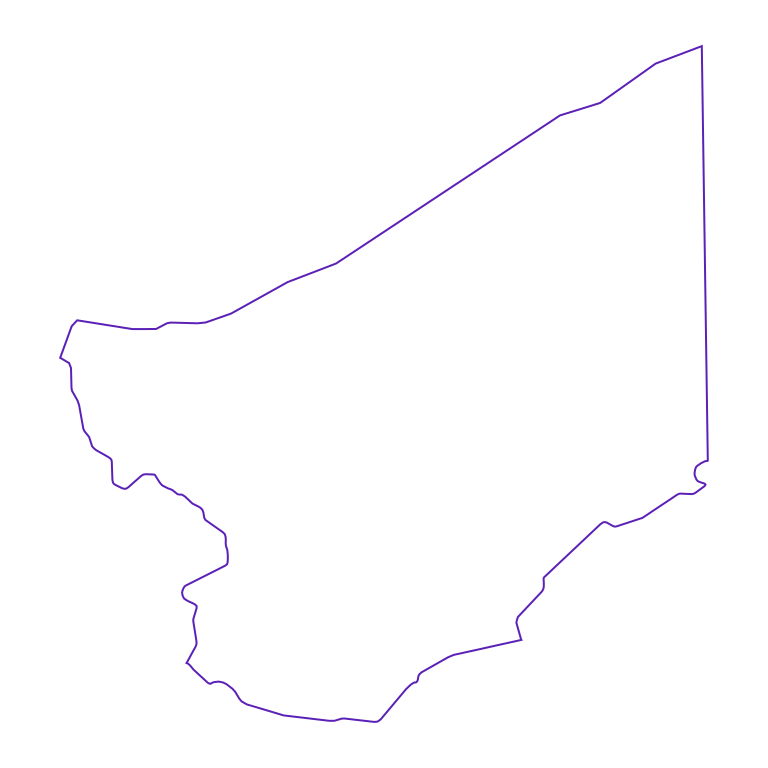 map outline of Zinder (orthographic projection)
{"feature_id": "NER-92", "entity_name": "Zinder", "entity_type": "Department", "adm_level": 1, "iso_a3": "NER", "parent_name": "Niger", "parent_adm1": "", "projection": "orthographic", "projection_center": [9.186, 15.151], "detail": "fine", "context": "isolated", "style": "outline", "palette": "violet", "viewbox_px": 768, "rotation_deg": 0, "n_neighbors": 0, "source": "natural_earth", "source_scale": "10m", "svg_char_len": 2520}
<svg xmlns="http://www.w3.org/2000/svg" viewBox="0 0 768 768"><path d="M521.4,639.9L453.7,654.9L447.8,657.4L421.4,672.4L419.0,674.8L418.4,676.3L417.8,679.8L417.2,681.3L416.1,682.4L415.5,682.5L414.8,682.4L413.3,683.0L410.7,684.7L406.0,689.2L382.1,717.7L381.1,718.9L379.5,720.3L378.0,721.3L377.0,721.7L374.1,721.9L344.4,718.5L341.8,718.6L334.4,720.8L329.2,720.8L288.5,716.0L283.6,715.4L246.8,704.4L241.6,701.4L239.2,698.5L235.2,691.8L232.5,688.8L226.4,684.1L223.1,682.5L219.3,681.7L217.7,681.7L214.2,682.1L212.6,682.6L211.0,683.4L210.4,683.8L209.9,683.7L208.5,683.2L207.5,682.5L193.6,669.7L190.1,665.5L188.3,663.8L186.5,663.0L187.1,662.1L195.7,646.4L196.5,644.0L196.5,641.5L193.3,621.4L193.3,619.2L196.6,608.1L196.6,606.0L195.2,604.6L193.1,603.4L188.3,601.2L186.0,599.9L184.0,598.4L182.8,596.0L182.4,594.7L182.1,592.8L182.4,591.1L182.6,590.3L183.4,588.4L183.9,587.5L184.3,586.9L184.7,586.4L185.5,585.7L225.3,565.6L227.0,564.3L227.6,562.3L227.8,560.0L227.8,555.1L227.3,549.9L226.3,547.1L225.9,545.3L225.7,543.5L225.8,539.0L225.5,536.5L224.8,534.2L222.8,532.2L205.5,520.0L204.6,518.5L204.2,517.5L203.4,512.5L202.9,511.1L202.4,509.9L201.8,509.1L200.3,507.7L198.5,506.6L193.1,503.9L192.4,503.5L185.3,496.8L183.3,495.4L181.7,494.6L178.9,494.5L178.0,494.3L177.3,494.0L172.7,490.3L170.1,489.0L168.5,488.6L163.1,485.9L161.9,485.1L159.7,482.5L155.1,475.2L154.6,474.7L153.4,474.5L145.7,474.2L143.3,474.6L141.2,475.9L128.4,487.2L126.1,488.7L124.3,488.8L122.1,488.2L115.2,484.8L113.4,483.4L112.7,481.4L112.4,479.6L111.8,461.8L111.4,459.7L110.2,458.4L108.2,457.0L96.4,450.3L94.1,448.5L92.1,446.3L89.2,437.2L87.8,435.3L85.4,432.4L84.1,430.6L83.3,428.6L79.1,405.1L77.5,400.5L72.0,390.8L71.5,388.0L71.0,368.0L69.1,363.1L60.2,357.8L71.7,326.2L77.2,320.3L132.4,329.1L156.0,329.0L166.9,323.3L169.7,322.7L172.3,322.6L197.4,323.3L205.6,322.5L231.0,313.6L287.6,282.1L336.1,263.5L560.0,115.4L600.2,102.9L655.6,63.6L701.8,46.1L707.8,460.5L707.5,460.9L705.1,461.2L701.1,463.2L697.4,465.7L696.1,467.0L695.4,468.8L694.9,470.6L694.5,474.0L694.9,475.9L695.8,478.1L696.5,479.6L697.5,480.9L699.1,481.8L704.8,483.7L705.5,484.7L704.6,486.1L695.3,492.9L693.5,493.8L691.6,494.1L680.1,493.6L678.8,493.9L677.0,494.8L642.4,517.9L617.1,526.2L615.4,526.6L614.2,526.5L612.5,525.8L606.9,522.6L605.0,522.1L603.2,522.3L600.4,524.2L544.3,577.1L543.6,578.2L543.6,579.5L543.8,582.3L543.8,586.1L543.6,587.8L543.3,589.0L542.8,590.0L541.8,591.6L517.9,617.0L516.8,620.4L516.4,622.8L521.0,639.1L521.4,639.9L521.4,639.9Z" fill="none" stroke="#5b21b6" stroke-width="2"/></svg>